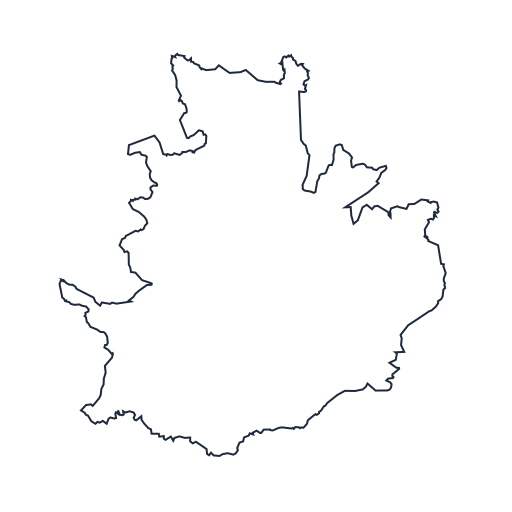 outline of Santa Inés Ahuatempan, Puebla, Mexico, rotated 97°
{"feature_id": "50627088B3656235949404", "entity_name": "Santa Inés Ahuatempan", "entity_type": "district", "adm_level": 2, "iso_a3": "MEX", "parent_name": "Mexico", "parent_adm1": "Puebla", "projection": "orthographic", "projection_center": [-98.063, 18.402], "detail": "fine", "context": "isolated", "style": "outline", "palette": "slate", "viewbox_px": 512, "rotation_deg": 97, "n_neighbors": 0, "source": "geoboundaries", "source_scale": "gbopen_adm2", "svg_char_len": 6021}
<svg xmlns="http://www.w3.org/2000/svg" viewBox="0 0 512 512"><g transform="rotate(97 256 256)"><path d="M71.1,342.0L71.0,344.2L67.8,344.6L70.0,346.5L70.2,347.8L67.8,351.5L66.3,351.3L66.0,357.8L65.0,358.8L67.5,361.1L68.4,360.5L67.7,363.9L70.0,363.3L70.6,363.9L75.2,363.7L77.0,361.4L78.0,362.1L80.2,361.4L82.1,361.9L86.2,358.3L91.5,356.2L98.0,355.5L106.0,350.0L111.2,351.6L111.7,351.1L110.6,349.6L111.2,348.5L113.5,347.2L114.1,344.9L118.1,342.9L121.6,342.3L122.5,343.0L122.8,344.6L130.3,348.1L147.2,338.9L147.2,337.3L145.2,335.6L143.6,332.6L138.2,328.0L138.8,324.1L142.0,322.8L141.5,321.2L143.0,319.9L150.3,319.5L151.0,320.6L152.9,320.9L158.1,328.9L160.9,330.0L160.8,331.6L159.6,331.6L159.2,334.6L161.4,338.4L161.7,341.7L162.6,341.7L165.0,344.1L164.0,349.7L165.5,350.8L166.2,353.2L165.6,356.3L167.1,357.0L166.3,357.7L166.2,360.5L155.0,365.6L148.9,371.5L161.4,395.6L170.4,395.5L170.9,393.1L168.3,388.7L167.0,384.0L169.5,381.9L169.8,378.1L170.9,376.4L176.6,376.6L180.3,374.6L184.7,370.8L187.6,371.5L191.3,370.6L193.5,368.9L195.5,365.6L195.5,364.3L197.0,362.8L198.4,363.0L198.6,366.6L200.8,369.1L202.8,368.8L205.2,366.5L210.6,368.0L212.3,370.0L213.0,372.8L211.7,375.5L211.9,378.0L214.2,380.6L213.8,382.9L214.8,382.9L215.3,385.0L216.2,385.0L215.5,387.0L216.9,387.0L218.7,388.5L224.4,384.0L226.7,377.5L230.5,371.8L233.3,369.3L236.8,367.9L239.6,370.0L243.0,370.9L244.3,372.9L243.7,373.7L246.0,376.0L245.6,378.5L252.0,387.7L254.1,388.3L255.6,391.0L262.1,392.7L266.2,388.0L268.1,387.0L267.1,384.4L268.5,382.8L279.9,381.2L283.0,379.3L287.1,378.2L287.2,373.7L293.9,366.1L295.6,357.4L296.1,356.1L297.3,356.3L298.0,360.6L304.8,368.0L308.1,371.0L311.5,372.6L315.6,376.7L316.4,374.5L320.3,388.7L319.8,393.2L321.3,394.9L320.9,403.3L324.3,404.7L321.1,409.8L317.1,412.1L310.5,430.1L308.5,431.5L306.9,434.6L307.2,437.8L305.8,441.3L303.4,444.0L303.1,446.0L304.4,444.6L304.0,446.7L307.8,447.6L320.9,443.2L321.7,441.5L323.8,440.1L323.4,439.2L324.1,439.3L324.6,435.7L326.1,433.9L326.6,430.5L325.6,425.4L326.6,422.6L326.9,418.4L329.4,415.6L331.5,415.6L333.2,418.4L335.2,418.0L336.5,418.8L337.3,417.4L342.3,415.8L343.0,414.4L346.5,411.7L348.4,404.7L350.3,401.2L350.1,397.8L351.2,396.2L354.1,394.0L360.2,392.5L362.5,393.4L362.8,395.0L365.3,395.3L367.0,391.4L370.6,387.4L369.9,386.5L370.7,386.1L374.5,386.6L383.5,392.6L390.1,391.0L396.4,392.1L402.0,391.6L406.9,393.3L412.9,393.2L416.2,394.3L424.7,399.8L423.4,401.6L424.6,406.5L430.6,410.9L432.5,406.8L434.2,405.7L434.9,403.3L440.0,399.4L442.1,394.9L439.9,393.0L440.5,390.9L438.3,388.0L440.7,383.8L435.5,382.5L434.0,380.8L434.6,377.0L433.9,375.2L429.6,376.4L428.1,375.8L429.6,373.3L426.0,374.1L430.1,371.9L430.3,369.1L429.4,368.0L426.3,369.0L427.3,366.7L425.5,362.4L426.3,358.4L428.5,356.7L431.4,357.7L433.4,356.4L433.7,354.8L429.0,350.3L432.6,349.6L435.8,346.7L439.8,342.1L440.9,339.1L445.1,338.0L444.3,330.8L447.1,330.0L446.0,325.6L448.6,325.2L449.5,323.4L445.6,318.5L449.5,315.6L446.5,314.8L444.4,310.1L445.2,304.5L444.2,299.2L447.9,298.8L449.7,296.0L447.7,293.0L453.7,281.5L458.4,280.5L459.5,278.3L456.7,276.7L459.1,273.8L458.9,267.8L456.7,265.0L455.2,260.1L455.9,254.3L454.3,252.0L450.8,250.3L448.9,251.3L443.2,249.6L441.6,246.2L437.5,245.7L435.2,241.4L432.8,240.6L433.5,237.0L431.8,237.7L429.3,234.1L431.2,230.3L430.9,229.2L427.4,227.2L426.5,220.9L427.1,220.5L427.1,218.1L423.9,212.7L422.9,209.3L422.9,199.8L422.2,198.6L423.0,197.4L421.0,196.2L420.8,192.5L421.6,191.4L420.6,190.2L420.7,188.0L416.4,185.0L412.7,184.5L406.4,178.5L405.7,177.5L406.3,176.7L405.9,175.8L404.4,174.3L403.0,174.4L401.7,172.7L396.7,170.2L396.3,169.0L393.2,167.4L384.0,158.3L379.0,151.4L377.9,141.2L375.4,133.7L372.4,131.0L369.0,129.8L375.0,120.9L373.4,109.0L372.2,107.0L370.0,105.9L366.7,105.8L365.1,107.3L363.7,111.5L361.6,110.0L360.5,105.3L359.4,104.8L358.5,106.0L356.9,106.2L350.6,100.2L349.7,100.4L349.7,103.3L345.7,110.5L342.0,104.6L335.5,104.3L334.6,105.9L333.1,97.2L326.6,101.2L320.1,101.3L316.7,102.9L306.3,96.6L289.7,77.3L288.6,75.1L284.2,71.2L280.5,69.4L278.6,69.8L276.4,67.1L273.8,65.9L266.5,65.9L264.8,64.4L261.5,65.5L260.0,65.1L258.1,66.5L255.4,66.9L250.0,65.6L242.9,68.9L241.4,68.5L241.2,71.3L223.1,76.6L220.2,86.8L219.2,86.7L217.6,88.4L216.4,88.1L215.6,89.6L216.8,90.0L216.1,91.2L214.6,90.6L209.0,91.7L201.4,88.4L199.2,89.8L197.7,86.9L198.3,85.0L196.7,84.0L194.1,84.4L194.7,82.3L191.3,84.6L190.4,84.3L191.2,81.4L189.7,80.2L187.6,81.7L185.8,80.8L180.8,82.8L180.3,86.4L181.3,89.1L182.0,89.2L180.9,92.3L179.8,92.0L179.8,98.8L185.0,105.1L186.0,110.7L190.9,112.4L190.0,120.5L189.3,121.5L192.3,127.8L197.3,128.7L197.2,127.7L201.3,127.1L199.3,129.4L196.4,130.0L191.4,141.3L192.3,144.6L195.4,146.5L191.7,152.3L194.8,156.2L208.2,159.3L212.2,163.1L204.3,166.3L195.9,168.0L196.8,173.4L179.2,152.5L168.8,143.2L167.3,145.4L163.3,143.1L158.2,141.8L154.9,138.2L152.7,137.2L150.7,138.1L153.3,144.3L156.0,146.7L155.6,150.3L154.2,151.4L154.5,156.6L152.0,159.1L151.4,161.2L153.4,167.7L156.3,170.5L155.8,171.8L149.6,173.3L146.5,172.7L143.0,176.1L140.1,182.3L135.4,184.4L135.0,186.4L136.8,190.4L139.6,191.3L143.8,190.9L145.8,191.5L150.9,190.7L156.5,191.7L156.7,194.3L157.5,195.0L164.8,196.8L166.0,198.3L166.5,200.9L168.3,202.8L171.4,203.0L174.3,204.3L185.2,204.8L186.3,206.5L185.4,209.2L185.1,215.7L183.9,217.7L179.5,218.4L170.4,215.5L149.4,215.2L147.7,217.2L140.4,220.0L138.9,222.4L135.3,225.5L87.5,233.3L87.4,228.1L86.3,226.4L84.8,226.8L84.3,227.8L80.3,227.2L81.0,228.2L79.8,229.8L76.6,229.1L74.4,225.8L72.9,225.2L70.2,226.8L68.3,226.7L66.4,227.8L65.8,226.6L63.9,230.6L61.0,233.5L59.7,232.9L59.8,234.8L62.1,237.6L60.2,239.5L57.7,240.5L56.4,243.3L54.7,243.6L53.8,245.3L52.5,245.7L54.0,247.5L53.1,248.3L55.3,250.3L54.4,251.7L55.1,253.1L61.4,254.8L62.0,255.8L62.6,254.3L60.9,253.4L67.9,251.8L68.7,250.9L67.8,250.4L70.9,249.7L72.8,250.4L76.2,249.9L78.2,252.8L80.4,253.6L81.9,252.2L82.4,252.9L81.5,257.9L80.8,258.6L81.9,267.6L81.3,275.8L72.6,288.8L75.4,293.8L77.5,304.6L71.3,316.2L75.6,319.2L77.6,328.1L76.5,332.5L77.3,332.9L75.3,335.1L73.8,335.6L72.3,341.0L71.1,342.0Z" fill="none" stroke="#1e293b" stroke-width="2"/></g></svg>